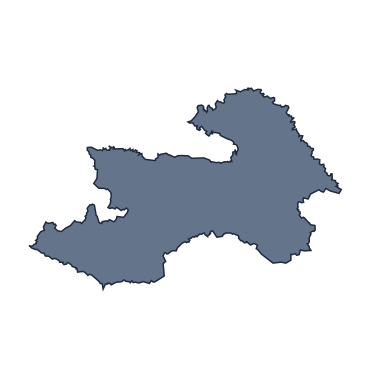 Tiquicheo de Nicolás Romero, Michoacán, Mexico (Natural Earth projection), rotated 285°
{"feature_id": "50627088B35926432685545", "entity_name": "Tiquicheo de Nicolás Romero", "entity_type": "district", "adm_level": 2, "iso_a3": "MEX", "parent_name": "Mexico", "parent_adm1": "Michoacán", "projection": "natural_earth1", "projection_center": [-100.779, 19.071], "detail": "fine", "context": "isolated", "style": "filled", "palette": "slate", "viewbox_px": 384, "rotation_deg": 285, "n_neighbors": 0, "source": "geoboundaries", "source_scale": "gbopen_adm2", "svg_char_len": 6016}
<svg xmlns="http://www.w3.org/2000/svg" viewBox="0 0 384 384"><g transform="rotate(285 192 192)"><path d="M305.5,225.3L307.6,222.5L306.6,220.7L307.0,220.0L306.5,218.9L305.2,219.7L304.6,216.3L301.3,212.8L301.7,208.1L301.0,209.0L298.4,209.4L295.7,201.5L296.1,199.8L294.2,198.7L292.6,199.8L289.2,199.0L287.4,200.2L286.3,199.8L285.7,198.7L286.5,196.3L285.9,195.1L286.9,192.9L283.0,191.7L280.0,193.5L278.6,193.2L276.3,190.9L278.0,190.1L278.5,187.4L280.1,186.2L279.9,185.4L277.5,184.8L274.0,185.9L272.7,185.5L274.2,183.8L273.7,182.9L274.9,182.5L274.7,181.5L277.1,181.4L278.0,180.4L278.4,178.7L277.0,175.6L275.0,175.1L271.2,177.4L265.3,175.4L260.6,172.9L258.6,170.0L258.0,172.1L259.0,174.6L256.5,177.8L257.2,180.0L255.8,179.7L254.0,180.6L253.4,183.1L254.6,184.0L255.8,182.5L257.9,184.3L254.7,188.6L254.3,190.6L252.1,189.9L250.5,193.5L250.8,194.2L253.4,194.5L253.5,196.4L255.7,195.1L255.9,196.2L255.1,196.1L254.7,197.1L255.5,199.0L255.8,204.0L254.3,204.3L253.9,205.2L252.4,212.7L252.3,216.3L251.3,218.6L250.2,219.9L249.0,219.7L249.2,222.1L248.4,223.6L244.6,225.9L245.0,225.5L242.5,224.9L239.7,225.3L240.4,223.9L242.3,224.7L242.5,223.4L244.3,222.7L242.2,222.9L241.0,221.1L238.5,221.9L235.5,220.6L231.7,222.5L231.8,221.0L230.9,221.0L230.4,219.8L230.7,218.4L230.0,218.1L229.6,215.5L227.2,212.1L227.8,211.3L226.6,207.4L226.4,203.4L225.7,202.8L227.4,200.8L228.0,194.6L224.5,183.1L225.9,179.0L224.7,173.3L223.6,169.3L221.0,166.1L222.0,160.9L221.6,160.4L222.8,157.2L220.4,152.1L219.3,151.4L220.0,149.3L216.5,150.2L214.5,148.2L213.0,148.5L212.6,147.0L211.4,138.4L213.7,134.6L216.1,133.5L214.2,131.1L216.0,131.7L216.5,131.2L215.9,127.9L217.6,128.2L218.0,126.5L216.2,125.6L215.9,124.4L217.8,124.0L216.1,121.8L218.0,120.8L216.1,119.4L214.5,116.4L215.6,116.5L214.9,115.5L216.0,114.1L213.2,105.0L214.9,105.4L215.4,104.7L214.5,104.1L214.2,101.8L215.1,99.6L213.4,102.2L211.4,100.9L211.0,101.3L210.4,98.6L211.8,97.4L210.8,96.4L211.5,94.9L208.9,94.9L209.0,92.4L207.8,90.2L209.2,83.2L207.9,79.4L205.3,80.0L204.3,82.0L202.2,82.9L201.1,84.9L199.4,85.2L198.7,88.2L197.3,90.0L192.0,91.2L191.6,90.6L191.2,91.8L189.7,92.1L188.8,92.9L189.2,94.9L180.5,96.7L174.8,94.9L171.5,101.0L172.8,106.4L172.3,108.9L173.0,109.8L170.5,113.7L167.3,115.1L163.5,115.2L162.4,115.9L159.0,116.0L155.3,114.8L154.8,116.6L156.1,119.1L155.8,122.2L157.8,123.0L155.8,128.4L157.5,130.3L157.2,131.1L159.5,132.8L158.1,135.2L155.2,134.7L149.9,132.6L148.9,125.8L146.2,126.0L142.9,124.3L143.9,119.4L141.6,117.9L142.0,117.1L140.2,112.9L138.2,113.0L138.4,110.2L144.2,106.5L144.4,105.6L154.1,101.1L154.5,98.9L153.3,98.0L153.3,96.8L149.1,95.0L146.4,96.5L144.3,95.6L142.7,96.2L140.9,95.0L139.9,96.1L137.8,96.1L132.9,93.4L133.8,92.3L133.1,87.9L134.0,86.2L128.0,83.2L124.4,79.3L120.1,76.2L119.7,72.5L121.6,68.7L124.4,69.5L125.6,68.1L125.0,66.9L126.6,65.5L124.9,62.4L124.5,59.7L125.2,58.7L119.8,57.5L116.9,59.3L114.4,56.1L109.1,54.1L106.5,54.9L104.8,53.5L104.1,55.1L102.5,54.4L101.8,54.9L100.2,52.7L98.6,52.1L97.9,50.3L98.1,48.4L96.3,52.0L96.0,56.2L96.5,57.1L94.2,62.5L94.6,64.8L92.2,67.0L92.9,70.2L91.0,74.5L92.2,76.1L92.1,78.8L91.2,81.7L89.8,82.3L90.8,85.6L89.6,85.7L88.7,87.3L90.0,89.5L90.9,89.4L91.7,90.4L90.7,93.8L89.1,95.6L88.8,99.9L87.8,99.7L87.6,101.1L85.0,102.2L86.9,106.9L86.8,109.1L84.5,113.0L85.8,114.0L85.9,116.6L81.6,125.3L79.9,127.0L80.1,129.0L75.2,131.3L80.6,132.2L80.9,133.7L82.3,134.4L82.0,135.4L82.6,136.2L81.4,138.0L85.1,142.0L87.0,147.0L89.6,149.3L88.6,150.9L89.1,154.8L88.4,155.8L90.6,157.0L89.3,158.7L90.2,160.5L90.3,164.2L92.8,168.1L92.7,174.6L95.9,175.6L95.0,177.6L95.4,179.2L103.7,186.9L115.3,182.7L118.1,184.5L122.7,180.6L125.9,181.2L126.6,182.1L125.6,183.8L126.1,184.8L130.0,187.8L131.1,192.0L134.2,192.3L139.9,195.6L142.3,198.3L141.7,199.8L142.8,201.1L142.7,201.9L144.8,202.4L145.7,200.9L147.4,203.3L148.9,204.1L149.0,206.1L150.7,207.3L150.1,208.4L153.4,210.3L153.7,212.3L155.4,213.8L155.5,214.7L154.1,215.7L153.0,218.6L153.6,218.4L155.6,220.2L156.4,219.8L157.0,220.6L158.6,220.1L159.8,222.0L154.8,227.7L157.0,232.8L159.8,233.5L160.0,234.5L161.0,234.9L162.4,239.8L161.8,242.0L162.5,243.0L161.8,247.7L160.9,248.8L159.5,248.9L157.5,251.8L158.0,252.8L156.5,255.6L157.1,257.4L158.0,257.1L158.2,257.7L155.9,262.2L158.3,265.1L157.7,268.9L153.8,268.7L153.6,270.1L150.0,275.1L144.3,288.7L147.3,296.2L147.6,301.1L151.8,305.2L157.3,303.6L157.5,305.1L159.1,307.5L158.0,309.7L159.3,311.7L164.1,311.7L164.2,315.7L166.3,322.0L168.4,319.7L170.0,319.1L171.7,316.7L172.7,317.9L174.7,318.1L178.2,317.1L182.2,317.8L183.3,316.7L185.6,318.9L185.6,320.1L187.1,320.8L191.5,319.4L191.0,314.9L192.6,313.4L192.6,312.5L196.0,307.5L196.4,305.9L195.2,304.4L197.5,301.6L199.1,302.1L200.9,301.3L201.5,299.4L202.1,298.6L202.6,299.2L203.2,297.9L205.0,298.4L206.8,297.4L209.8,297.3L210.4,298.1L210.0,300.8L211.0,302.5L213.2,301.2L215.1,301.2L215.3,306.0L220.7,307.0L227.0,314.0L225.9,317.0L226.0,319.1L230.0,320.3L228.8,325.5L228.7,334.4L233.0,335.6L234.7,329.7L235.7,331.3L236.7,330.2L238.0,330.9L238.6,328.1L240.1,327.6L240.0,323.6L241.7,323.9L245.8,322.5L245.3,321.4L243.8,321.9L243.1,319.7L243.7,318.0L245.1,317.6L246.1,314.8L249.1,315.0L250.4,312.7L251.6,312.8L252.9,311.9L251.6,309.8L252.4,307.7L256.1,307.2L256.4,305.5L255.3,301.3L257.4,300.3L257.2,298.4L258.7,297.5L260.0,298.0L262.2,297.4L264.0,298.4L265.4,297.9L264.9,295.6L266.5,293.9L266.2,291.9L268.3,291.1L269.2,289.4L269.2,287.8L270.4,286.3L270.4,284.9L269.5,284.1L271.3,283.4L272.5,284.4L274.9,284.4L274.6,282.3L273.3,281.0L275.4,280.6L277.8,277.6L279.8,276.5L278.1,272.8L279.4,272.6L281.5,274.8L283.7,272.6L284.7,273.4L286.4,273.2L286.5,271.9L284.8,269.8L285.7,268.9L290.4,271.5L288.8,269.5L291.0,268.4L290.5,265.9L291.7,265.9L291.3,264.5L291.8,263.7L293.5,262.5L298.5,263.7L299.8,262.7L299.9,259.8L298.4,259.2L297.9,257.1L297.2,256.6L298.8,254.7L298.1,253.7L298.3,248.1L299.4,246.5L301.4,248.2L304.3,247.3L304.4,246.3L302.6,243.2L304.2,239.9L302.4,237.3L303.5,235.2L304.8,236.3L305.7,235.6L304.8,233.4L305.8,231.9L308.1,232.7L308.8,232.2L308.1,228.8L305.5,225.3Z" fill="#64748b" stroke="#1e293b" stroke-width="1.5"/></g></svg>